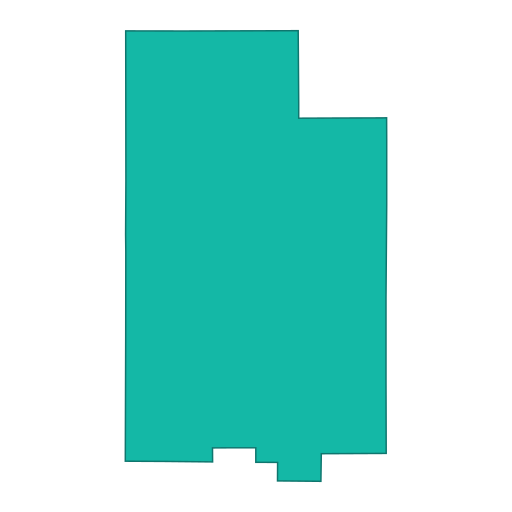 outline of Lamar, Mississippi, United States of America
{"feature_id": "52423323B33166901073309", "entity_name": "Lamar", "entity_type": "district", "adm_level": 2, "iso_a3": "USA", "parent_name": "United States of America", "parent_adm1": "Mississippi", "projection": "albers", "projection_center": [-89.497, 31.208], "detail": "fine", "context": "isolated", "style": "filled", "palette": "teal", "viewbox_px": 512, "rotation_deg": 0, "n_neighbors": 0, "source": "geoboundaries", "source_scale": "gbopen_adm2", "svg_char_len": 477}
<svg xmlns="http://www.w3.org/2000/svg" viewBox="0 0 512 512"><path d="M125.3,461.2L162.9,461.4L212.6,461.9L212.5,447.9L229.0,447.8L255.8,447.8L255.8,462.3L277.6,462.4L277.5,480.9L320.9,481.3L321.3,453.7L386.2,453.4L386.0,381.4L386.0,297.8L386.7,205.1L386.7,139.4L386.6,117.8L382.6,117.9L343.1,118.0L298.7,118.2L298.7,103.4L298.2,30.7L183.1,31.0L125.7,30.9L125.9,181.2L125.6,234.5L125.8,252.0L125.7,336.2L125.3,461.2Z" fill="#14b8a6" stroke="#0f766e" stroke-width="1.5"/></svg>